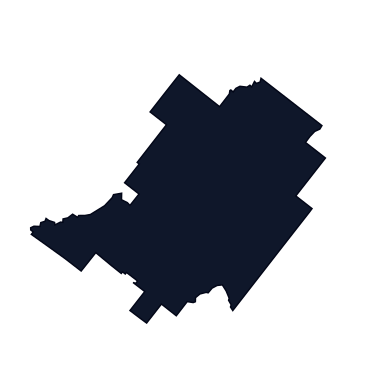 Cascade, Montana, United States of America, rotated 128°
{"feature_id": "52423323B67185663060942", "entity_name": "Cascade", "entity_type": "district", "adm_level": 2, "iso_a3": "USA", "parent_name": "United States of America", "parent_adm1": "Montana", "projection": "natural_earth1", "projection_center": [-111.168, 47.258], "detail": "fine", "context": "isolated", "style": "filled", "palette": "ink", "viewbox_px": 384, "rotation_deg": 128, "n_neighbors": 0, "source": "geoboundaries", "source_scale": "gbopen_adm2", "svg_char_len": 1284}
<svg xmlns="http://www.w3.org/2000/svg" viewBox="0 0 384 384"><g transform="rotate(128 192 192)"><path d="M132.3,274.3L154.7,274.3L154.7,253.5L202.4,253.4L202.4,250.8L226.2,250.8L226.2,232.5L240.8,232.6L240.2,236.3L241.5,242.8L236.3,246.7L242.4,252.2L245.6,251.4L256.6,252.4L272.3,258.2L276.3,261.8L280.3,266.8L282.4,266.5L283.0,272.4L288.8,273.9L292.6,277.0L295.4,275.1L296.7,277.1L302.4,279.8L300.6,281.6L302.6,287.2L302.7,290.7L305.6,289.8L309.2,292.3L312.8,290.6L316.3,295.5L319.5,297.1L321.2,295.7L321.2,292.5L324.3,292.5L323.4,271.8L322.6,251.0L322.5,230.7L299.0,230.5L299.6,209.7L299.7,197.6L297.7,197.6L297.7,194.1L295.7,194.1L295.6,180.1L298.6,180.1L299.6,182.7L299.5,167.9L323.6,167.9L323.4,154.2L323.2,147.1L299.1,147.1L299.2,128.2L281.3,128.3L278.4,123.0L276.4,121.8L273.1,124.2L267.5,123.0L262.4,119.1L261.5,117.2L255.4,117.0L250.2,114.7L246.5,110.9L248.9,104.2L252.8,97.3L254.8,96.5L256.8,91.6L258.9,90.9L260.3,86.9L179.4,87.1L135.1,87.1L131.2,87.2L131.2,107.8L83.1,107.8L83.1,133.1L75.7,133.3L68.7,132.6L63.7,130.0L59.7,130.5L59.9,207.6L63.4,206.0L66.8,208.1L66.4,210.8L72.5,209.6L72.2,212.1L75.5,213.2L79.2,219.3L83.3,221.2L87.8,221.2L87.7,224.2L88.7,224.6L91.8,222.9L107.8,222.8L107.5,274.2L132.3,274.3Z" fill="#0f172a" stroke="#020617" stroke-width="1.5"/></g></svg>